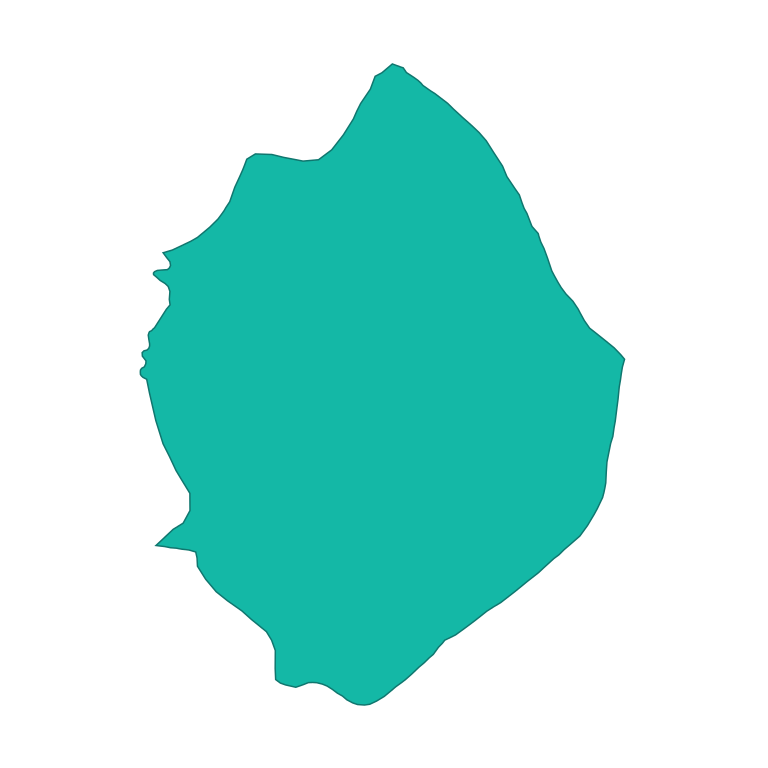 Outhoomphone, Savannakhét, Laos, rotated 175°
{"feature_id": "54806243B62661811968919", "entity_name": "Outhoomphone", "entity_type": "district", "adm_level": 2, "iso_a3": "LAO", "parent_name": "Laos", "parent_adm1": "Savannakhét", "projection": "mercator", "projection_center": [105.056, 16.753], "detail": "fine", "context": "isolated", "style": "filled", "palette": "teal", "viewbox_px": 768, "rotation_deg": 175, "n_neighbors": 0, "source": "geoboundaries", "source_scale": "gbopen_adm2", "svg_char_len": 2915}
<svg xmlns="http://www.w3.org/2000/svg" viewBox="0 0 768 768"><g transform="rotate(175 384 384)"><path d="M625.2,243.0L621.6,242.2L619.6,241.8L616.7,241.2L613.6,240.3L611.0,239.5L609.1,239.2L606.7,238.8L605.3,238.6L602.6,237.8L599.5,237.0L595.8,236.3L592.7,235.6L591.1,235.0L588.6,234.0L586.2,233.1L585.4,227.0L585.7,218.7L578.7,205.1L569.3,191.7L558.7,181.6L545.4,170.4L536.6,161.0L522.7,147.5L518.3,138.6L515.5,128.0L517.2,110.1L517.7,99.0L513.3,95.1L508.3,92.8L498.3,89.6L493.4,90.8L490.4,91.6L485.4,93.1L481.1,92.9L477.0,92.3L471.5,90.4L466.9,88.0L462.2,84.4L457.3,80.0L452.6,76.8L448.6,72.7L442.9,69.0L438.3,67.0L431.4,65.9L426.1,66.2L419.0,68.8L410.9,72.8L401.8,79.1L400.6,80.0L398.6,81.4L392.4,85.1L388.2,87.8L381.2,93.0L373.7,99.0L368.1,102.9L362.8,107.3L358.4,110.4L352.7,117.0L348.4,120.7L345.8,123.5L337.4,126.7L334.6,127.8L324.3,134.0L314.0,140.4L301.4,148.7L294.2,152.5L286.9,156.0L271.7,165.8L258.5,174.8L246.5,182.6L241.3,186.7L230.0,195.3L224.5,198.7L219.0,203.3L213.1,207.5L202.1,215.5L193.6,225.3L186.0,235.8L182.4,241.2L176.1,251.9L174.7,255.9L174.6,256.0L173.0,261.3L171.7,266.1L170.2,277.2L168.7,286.9L163.4,305.0L160.6,311.8L158.6,320.5L156.9,326.7L154.0,340.2L152.2,348.4L149.9,360.6L148.1,367.4L146.8,373.2L145.0,380.2L142.2,387.7L145.6,392.6L151.6,400.0L161.4,409.5L169.8,417.5L174.3,421.7L178.9,429.7L182.5,437.9L184.0,441.6L188.6,450.0L194.9,457.8L199.1,464.6L201.9,470.3L205.0,477.3L207.0,482.1L210.2,495.4L212.8,505.0L215.4,511.7L217.0,518.5L217.0,519.0L217.3,520.5L222.8,528.0L223.3,529.5L224.9,535.1L226.7,541.4L229.1,546.7L230.7,552.4L232.7,560.6L236.4,567.0L243.5,579.9L246.9,590.7L254.9,605.7L260.9,617.3L267.2,626.0L273.8,633.5L282.7,642.9L291.0,652.0L296.1,658.0L304.3,665.5L307.9,668.8L312.1,672.0L319.2,678.0L321.1,680.7L323.8,683.6L327.5,686.8L334.5,692.3L337.3,697.3L339.7,698.3L347.8,702.1L359.0,694.2L366.0,691.3L371.9,678.9L382.8,665.5L387.3,658.2L391.4,650.7L402.7,635.8L415.7,621.8L429.7,613.1L445.3,613.1L445.6,613.2L451.8,615.0L464.2,618.5L475.7,622.4L492.1,624.4L501.1,619.9L503.8,614.2L506.1,609.6L509.6,603.3L515.5,593.0L521.8,579.0L526.1,573.6L528.1,570.7L531.0,567.3L535.0,562.8L543.9,555.4L557.0,546.3L564.1,543.0L583.2,535.9L592.6,534.0L589.5,528.9L586.6,524.5L586.3,520.7L587.6,518.4L589.8,516.8L595.5,516.9L599.9,516.9L602.8,515.9L604.0,514.6L604.0,513.0L601.2,510.2L598.0,506.7L593.3,503.2L590.5,500.0L589.2,494.9L590.5,487.0L590.2,481.5L594.3,477.4L607.7,460.0L609.3,458.9L610.6,457.6L611.6,457.1L613.0,456.6L613.6,455.7L614.6,453.3L614.4,449.2L614.0,444.5L614.2,442.2L615.3,439.9L617.3,438.4L620.2,438.0L622.2,436.3L622.3,432.8L620.8,430.5L619.1,427.8L619.5,425.0L621.2,422.0L624.1,420.7L625.4,419.1L625.7,417.3L625.8,414.8L625.1,413.4L623.5,411.6L620.0,409.4L618.4,395.3L614.5,367.5L609.3,343.7L604.0,330.4L598.7,315.9L594.8,307.9L586.9,292.0L588.3,274.8L596.2,262.9L606.7,257.6L625.2,243.0Z" fill="#14b8a6" stroke="#0f766e" stroke-width="1.5"/></g></svg>